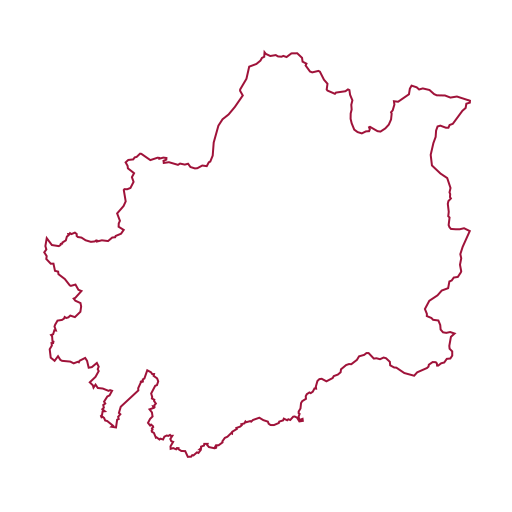 outline of El Tambo, Cauca, Colombia, rotated 94°
{"feature_id": "7082276B344609225912", "entity_name": "El Tambo", "entity_type": "district", "adm_level": 2, "iso_a3": "COL", "parent_name": "Colombia", "parent_adm1": "Cauca", "projection": "orthographic", "projection_center": [-76.91, 2.517], "detail": "fine", "context": "isolated", "style": "outline", "palette": "rose", "viewbox_px": 512, "rotation_deg": 94, "n_neighbors": 0, "source": "geoboundaries", "source_scale": "gbopen_adm2", "svg_char_len": 6019}
<svg xmlns="http://www.w3.org/2000/svg" viewBox="0 0 512 512"><g transform="rotate(94 256 256)"><path d="M421.0,221.6L419.6,221.3L418.1,217.5L416.3,216.9L417.7,213.4L416.6,212.4L417.2,210.4L413.7,207.7L413.4,206.2L414.4,203.8L418.0,201.2L417.2,197.8L415.2,198.2L416.2,200.4L415.7,201.6L413.3,202.3L410.5,201.5L409.8,202.5L408.2,202.6L405.0,201.0L399.6,200.8L397.6,199.8L395.0,196.2L392.4,196.6L390.3,195.7L388.4,193.2L389.0,191.9L387.4,189.9L384.0,188.4L384.1,186.8L382.1,187.2L376.4,186.0L374.4,184.2L373.9,181.9L376.1,177.0L372.4,171.0L370.4,170.1L368.6,166.1L366.1,163.5L363.1,163.3L358.5,158.5L357.3,155.7L357.3,153.4L352.6,148.1L348.9,146.2L347.1,141.2L345.1,139.0L345.0,136.9L350.1,131.3L349.6,128.7L350.3,125.1L348.4,121.6L348.9,119.2L352.2,115.1L355.7,114.5L357.6,110.4L357.6,108.2L362.4,99.9L364.4,89.9L360.8,87.1L355.8,77.6L354.3,76.2L352.4,76.0L349.5,72.4L349.4,69.3L350.5,68.1L352.7,67.7L352.6,66.6L350.1,63.8L349.1,60.8L345.3,58.5L344.7,55.0L341.7,53.3L337.5,53.6L335.0,56.4L332.2,56.9L323.0,55.9L319.5,52.5L318.3,57.0L319.4,60.8L319.1,64.1L316.5,66.7L312.0,67.4L307.6,69.6L307.3,74.9L305.6,76.7L304.0,81.4L301.8,81.5L297.1,83.8L288.6,80.0L282.6,72.2L277.5,68.3L274.7,62.1L267.9,61.3L266.8,59.1L263.7,57.2L262.8,53.2L258.2,50.6L257.0,50.2L250.5,51.9L244.0,51.1L239.9,52.3L232.5,50.5L216.2,44.5L213.8,50.4L215.1,54.6L215.4,58.8L215.4,63.4L213.8,65.0L211.7,66.0L204.1,65.6L202.9,67.0L198.5,66.8L190.6,68.3L187.8,67.9L185.0,65.6L183.7,66.6L180.7,66.6L179.0,67.4L174.6,66.7L164.9,70.7L160.9,77.7L153.4,86.8L142.9,88.8L130.9,86.9L124.7,85.1L118.3,85.1L114.1,83.9L113.1,81.2L114.8,75.5L114.6,73.0L111.8,72.0L110.4,68.9L96.7,60.2L93.7,57.2L89.4,56.8L88.1,53.4L86.2,53.4L82.9,66.7L84.4,73.1L82.7,78.7L83.1,86.8L82.1,89.6L78.3,94.5L77.2,101.3L78.5,104.9L76.5,107.5L75.2,112.7L78.4,114.2L84.0,114.7L92.2,125.0L92.0,129.2L95.3,128.5L101.2,129.8L103.2,131.3L104.5,130.6L110.4,130.8L115.7,132.7L119.7,135.9L123.2,140.5L123.0,143.5L119.2,151.3L119.7,152.2L121.7,151.3L123.6,151.9L124.0,155.0L126.3,159.0L125.3,163.3L123.1,166.8L117.0,169.8L112.6,171.2L107.2,171.5L103.2,170.8L98.5,171.5L94.0,170.7L88.6,173.4L84.0,174.4L83.4,175.9L85.4,178.3L87.4,187.6L88.7,188.6L86.0,196.2L85.0,197.1L79.2,196.7L75.4,200.5L67.7,205.1L67.0,206.6L68.9,212.7L68.2,215.0L62.5,219.8L60.6,219.1L58.9,223.1L55.1,223.9L50.9,229.0L51.4,234.8L55.4,239.4L54.5,242.7L55.4,244.4L55.4,247.9L54.2,250.3L55.5,255.7L53.7,260.3L52.2,261.7L56.7,261.7L58.0,263.9L60.8,265.2L64.4,269.0L67.6,276.0L79.9,277.9L90.9,283.4L92.3,283.4L96.8,280.4L108.8,287.5L116.7,293.2L121.9,298.9L128.6,302.6L145.7,306.1L158.9,306.2L165.0,308.2L165.8,309.6L169.8,311.4L169.5,315.9L172.5,320.6L172.9,323.0L171.8,327.6L168.7,330.2L169.8,333.4L169.1,338.2L170.5,340.2L168.5,349.4L169.6,354.5L167.5,354.9L166.1,352.2L164.5,352.2L164.3,355.3L165.7,359.2L164.9,359.3L164.8,361.0L167.7,368.1L162.1,377.5L162.0,378.8L165.5,382.0L166.1,383.9L168.2,385.2L169.1,390.1L171.7,392.6L175.0,390.4L177.5,389.9L181.9,383.4L186.0,385.3L190.6,383.3L196.9,386.0L198.4,389.2L198.5,391.9L199.4,392.5L210.6,389.8L215.4,391.6L223.2,397.5L230.4,394.2L233.1,395.2L236.4,395.1L239.2,389.8L243.2,392.2L245.8,397.4L247.1,397.8L247.6,400.7L251.4,404.6L251.1,410.9L252.6,415.5L251.8,415.5L251.6,416.5L252.7,417.8L253.4,421.7L252.2,427.1L249.8,431.4L249.5,435.0L248.5,436.3L246.6,436.4L245.3,438.3L247.0,441.6L246.2,443.1L247.2,443.5L247.2,444.8L248.4,444.4L249.8,446.0L253.7,446.8L256.0,450.0L257.2,450.2L257.5,451.6L258.7,451.8L259.9,453.4L259.3,460.4L252.8,466.0L260.8,466.8L264.1,465.6L267.1,467.5L270.7,464.8L273.6,465.0L278.0,460.2L277.8,457.5L284.8,455.5L285.4,452.3L287.9,451.8L292.3,445.1L298.3,439.7L298.7,438.6L297.1,434.1L302.1,430.8L303.1,427.7L310.3,433.3L311.2,434.9L313.2,433.1L315.2,427.8L318.6,426.9L323.9,427.3L329.6,432.4L328.4,437.1L330.3,438.9L331.1,441.0L330.2,442.6L331.9,443.2L333.3,445.1L334.3,449.5L338.6,451.6L340.4,452.1L344.3,450.4L344.2,452.0L348.2,452.9L349.1,454.9L350.3,453.8L355.1,453.1L355.5,452.1L357.0,452.3L357.1,453.9L359.6,453.4L363.4,455.3L371.7,453.7L374.6,449.6L369.8,446.5L373.3,443.9L374.1,442.2L374.3,433.9L375.8,430.4L374.0,426.5L374.4,425.3L372.8,424.7L369.6,419.3L372.4,417.2L379.1,415.1L378.3,412.0L373.8,407.3L377.4,405.2L379.9,406.0L381.8,404.9L387.8,407.7L393.6,413.0L396.4,409.7L398.6,408.9L395.5,407.1L398.7,404.6L398.9,399.6L400.8,393.7L400.0,392.2L400.5,390.2L405.3,392.4L406.5,394.5L411.9,397.4L413.7,396.1L415.3,398.0L417.9,397.2L419.5,398.6L421.4,396.0L421.8,398.2L425.3,398.5L426.4,399.5L427.7,398.8L427.2,397.6L428.2,396.2L430.6,395.0L431.0,392.9L435.2,386.9L436.4,388.2L436.8,383.7L429.0,383.1L428.2,381.6L426.0,382.3L423.3,380.3L422.1,381.8L415.8,380.4L398.3,364.0L396.1,364.3L389.7,361.9L388.6,362.4L389.6,361.1L389.2,360.1L387.0,360.3L386.0,358.8L377.6,356.5L379.3,352.7L381.0,351.3L380.9,349.5L382.7,349.8L385.0,346.1L387.9,344.8L391.7,345.8L392.5,347.5L400.5,351.0L403.9,349.7L405.4,349.9L406.5,347.4L407.7,347.6L410.2,345.6L412.0,347.0L413.5,346.8L413.2,348.2L414.7,347.5L416.4,351.5L419.3,348.9L423.3,348.0L425.9,350.3L430.0,352.1L432.5,349.8L431.5,348.9L432.9,347.0L433.8,346.6L435.2,347.8L436.4,347.1L437.3,347.9L438.6,347.6L439.6,345.5L444.2,343.2L443.8,342.6L445.8,339.5L444.9,338.7L445.5,335.9L442.6,334.8L441.3,332.5L441.6,331.0L440.5,329.3L441.3,328.6L441.2,326.9L444.5,328.7L446.6,327.6L447.2,325.7L451.8,328.0L454.3,327.7L453.4,325.2L454.4,322.2L453.1,321.5L453.1,319.9L454.1,319.9L455.7,316.9L455.6,313.0L461.1,310.0L460.7,306.7L459.1,305.7L459.3,304.5L456.0,301.2L456.5,299.7L453.2,297.5L452.4,297.5L452.5,298.4L451.5,297.4L450.0,297.5L448.7,294.6L447.0,294.5L446.8,291.2L448.0,291.5L449.9,289.6L450.7,283.9L450.1,282.4L449.1,282.3L448.9,283.3L447.6,282.7L447.4,280.1L444.3,276.4L443.2,276.6L439.6,274.4L438.3,271.9L434.4,268.4L434.8,267.5L433.0,267.5L429.9,263.1L428.9,263.6L427.3,259.9L425.8,258.4L424.8,258.9L423.8,255.9L421.8,255.0L422.5,254.2L421.1,250.2L421.6,249.3L419.8,247.6L417.1,241.4L419.2,237.3L420.4,232.6L422.4,231.7L423.6,229.7L423.4,226.3L421.0,221.6Z" fill="none" stroke="#9f1239" stroke-width="2"/></g></svg>